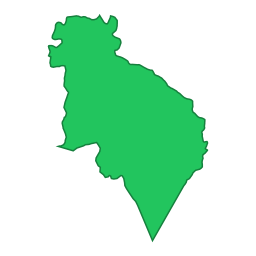 Odsan, Castries, Saint Lucia
{"feature_id": "8701671B52063001665114", "entity_name": "Odsan", "entity_type": "district", "adm_level": 2, "iso_a3": "LCA", "parent_name": "Saint Lucia", "parent_adm1": "Castries", "projection": "albers", "projection_center": [-60.985, 13.974], "detail": "fine", "context": "isolated", "style": "filled", "palette": "green", "viewbox_px": 256, "rotation_deg": 0, "n_neighbors": 0, "source": "geoboundaries", "source_scale": "gbopen_adm2", "svg_char_len": 5583}
<svg xmlns="http://www.w3.org/2000/svg" viewBox="0 0 256 256"><path d="M58.3,146.4L73.2,150.8L77.0,148.0L83.6,145.8L85.5,144.7L88.9,144.4L91.3,143.6L96.6,142.5L98.2,144.7L100.3,148.2L99.8,151.5L96.1,158.0L95.8,160.8L98.2,165.7L100.3,167.3L100.0,171.9L103.5,174.7L105.3,177.4L108.2,176.8L109.3,175.5L110.6,176.0L111.4,178.5L113.8,179.0L117.0,178.5L120.9,175.5L122.2,175.8L123.8,178.5L124.6,182.6L124.9,185.6L126.5,188.6L129.7,193.5L133.1,198.6L135.7,201.4L137.6,205.2L152.5,240.6L183.8,185.7L185.1,184.1L186.2,182.3L186.8,180.0L189.4,178.6L192.1,174.8L193.0,172.8L195.6,170.3L199.7,169.2L201.0,168.3L202.3,166.9L202.3,164.5L202.0,162.1L202.4,160.0L203.0,158.3L202.6,156.4L203.0,154.7L203.7,154.2L205.2,153.0L207.4,150.4L207.4,150.0L206.8,149.7L205.7,149.0L205.5,148.9L205.4,148.6L205.3,148.4L205.5,148.0L205.8,147.3L206.1,146.9L206.5,146.1L206.8,145.1L207.1,144.2L207.5,143.2L207.4,142.3L207.0,141.6L206.2,141.6L204.7,142.0L204.3,142.1L203.8,141.9L203.4,141.5L203.2,141.1L203.0,140.4L202.9,139.7L202.4,137.1L202.2,136.3L202.2,135.9L202.3,134.7L202.3,134.1L202.1,133.5L201.9,132.8L201.8,132.4L201.9,131.9L202.1,131.4L202.7,130.7L203.2,130.3L203.6,129.9L203.9,129.5L204.3,128.7L204.5,128.4L204.6,127.9L204.6,127.6L204.5,127.1L204.4,126.6L204.4,126.0L204.6,124.2L204.7,123.6L204.7,122.4L204.8,121.8L204.8,121.2L204.8,120.7L204.9,119.9L204.7,119.5L204.3,119.2L203.5,118.8L203.0,118.5L202.6,118.3L202.0,118.1L201.3,117.9L200.5,117.8L199.8,117.7L199.2,117.5L198.4,117.1L197.4,116.3L194.5,113.1L194.0,112.9L193.6,112.6L193.2,112.3L192.8,111.7L192.3,110.1L192.2,109.4L192.2,109.2L192.4,108.0L192.8,106.7L192.6,103.0L192.6,101.2L191.4,100.0L189.7,99.3L186.8,98.8L184.2,97.6L182.6,96.3L179.7,93.5L177.5,92.2L176.6,91.1L172.5,88.7L171.9,88.4L171.4,88.2L170.8,88.0L170.3,87.7L169.8,87.3L168.5,86.4L167.5,85.7L167.2,85.0L166.8,84.0L166.6,83.7L166.1,83.0L165.5,82.2L165.2,81.8L164.7,81.1L164.3,80.8L163.5,80.1L163.0,79.5L162.6,79.1L161.9,78.3L161.3,77.9L160.9,77.6L160.4,77.4L159.9,77.1L159.3,76.7L158.3,76.1L157.3,75.8L156.7,75.6L156.2,75.4L155.8,75.2L155.4,75.1L154.7,74.6L154.3,74.3L154.2,73.7L153.8,73.0L153.6,72.6L153.3,72.1L153.1,71.6L152.7,71.0L152.5,70.7L152.3,70.4L152.0,70.2L150.7,70.2L149.8,70.0L149.3,69.8L147.6,69.3L146.5,68.7L146.0,68.4L145.5,68.2L145.0,67.9L144.0,67.4L143.5,67.1L143.1,66.9L142.5,66.5L141.4,65.9L141.1,65.7L140.4,65.3L139.8,65.0L139.3,64.8L138.9,64.7L137.7,64.8L132.1,64.4L131.3,64.5L130.8,64.5L130.1,64.3L129.7,64.1L129.4,63.8L129.1,63.6L128.8,63.3L128.6,62.9L128.3,62.3L128.0,61.5L127.7,61.1L127.3,60.8L126.9,60.5L126.3,60.1L125.5,59.6L124.9,59.2L124.4,58.9L123.9,58.7L123.4,58.4L123.0,58.1L122.4,57.8L121.9,57.6L120.7,57.1L120.1,56.9L119.2,56.7L118.7,56.5L118.0,56.3L117.6,56.2L116.9,55.9L116.4,55.7L115.9,55.3L115.5,54.8L115.5,54.4L115.3,53.8L115.2,53.4L114.9,52.8L114.8,52.3L114.8,51.8L114.8,51.0L114.9,50.4L115.2,50.3L115.8,50.2L116.2,50.1L117.0,50.0L117.2,49.8L118.2,48.9L119.0,48.1L119.2,47.7L120.9,42.9L120.7,41.1L120.5,40.8L120.3,40.1L120.1,39.8L119.6,39.0L119.3,38.8L114.7,37.0L114.5,36.8L112.9,35.6L112.6,35.2L112.4,33.9L112.5,33.5L115.9,30.5L116.0,30.2L116.2,29.6L116.4,29.1L116.6,28.6L116.6,28.2L116.7,27.7L116.8,27.3L116.9,27.0L117.0,26.4L117.1,25.9L117.1,24.8L117.2,23.3L117.2,22.5L117.2,22.0L117.2,21.3L117.2,20.6L117.0,20.1L116.7,19.8L116.1,19.1L115.9,18.7L115.6,18.3L115.2,17.9L114.8,17.3L114.3,17.1L113.6,16.8L113.4,16.7L112.7,16.4L112.0,16.3L111.5,16.2L111.1,16.0L110.6,15.9L110.3,17.7L109.0,20.5L108.0,22.9L107.1,23.9L105.9,23.7L104.6,23.0L103.9,22.3L101.8,18.9L101.0,17.7L99.6,15.4L99.1,16.4L96.6,18.9L94.0,19.7L91.7,19.7L88.9,18.2L87.7,18.2L85.3,16.9L83.5,16.7L81.1,17.3L78.5,16.2L78.3,16.2L76.4,15.9L71.7,16.6L67.7,17.0L67.0,17.3L66.8,17.7L66.6,18.2L66.4,19.1L66.4,19.8L66.3,20.6L66.2,21.0L66.0,21.6L65.9,22.0L65.6,22.7L65.5,23.1L65.2,23.7L64.9,24.1L64.2,24.8L63.9,24.9L63.4,24.9L63.0,24.7L62.3,24.2L61.8,23.9L61.5,23.5L60.9,22.8L60.1,22.6L59.5,22.4L59.1,22.4L58.3,22.3L57.8,22.5L57.4,22.7L57.0,22.9L56.5,23.5L56.1,24.0L55.8,24.5L55.6,25.0L55.5,25.6L55.5,26.1L55.5,26.9L55.4,27.3L55.4,28.1L55.3,28.3L55.2,29.1L55.0,29.6L54.8,30.3L54.7,30.6L54.4,31.3L54.3,31.8L54.0,32.4L53.8,32.7L53.5,33.4L53.3,33.9L52.8,34.9L52.5,35.6L52.3,36.7L52.3,37.2L52.2,37.6L52.3,37.9L52.5,38.3L53.1,38.8L53.4,39.0L54.2,39.3L54.7,39.5L55.2,39.5L55.5,39.5L56.4,39.4L56.9,39.3L57.4,39.2L57.9,39.1L58.6,38.9L59.2,39.0L59.8,38.9L60.2,39.0L60.9,39.2L61.3,39.3L61.6,39.5L61.8,39.9L61.9,40.2L61.9,41.0L62.0,41.5L62.1,42.1L62.1,42.6L62.0,42.8L61.9,43.0L61.7,43.2L61.4,43.5L60.6,44.2L58.9,45.8L58.3,46.2L58.0,46.6L57.4,46.9L57.1,47.2L56.8,47.4L56.3,47.5L55.7,47.4L55.4,47.3L54.9,47.0L54.2,46.6L53.8,46.4L53.3,46.1L52.1,45.7L51.5,45.6L51.0,45.6L50.6,45.6L49.8,45.6L49.2,45.7L48.8,45.9L48.7,45.9L48.5,46.4L48.7,47.0L48.8,47.6L49.1,48.6L49.4,49.3L49.5,49.8L49.8,50.3L49.9,50.7L50.1,51.6L50.1,51.9L49.9,52.5L49.6,53.4L49.9,52.7L48.6,55.8L49.6,56.5L49.9,56.5L50.4,56.4L50.8,56.7L50.8,57.1L50.7,58.1L50.7,58.5L50.5,59.2L50.0,62.9L50.5,64.5L50.7,66.2L51.6,66.8L53.3,67.2L56.9,66.5L59.5,66.5L60.7,65.8L62.9,65.6L64.9,66.0L65.9,70.1L65.8,71.3L65.3,73.0L65.0,75.7L64.4,78.1L64.6,80.9L64.4,82.2L64.1,84.6L64.1,86.1L65.7,88.3L66.7,90.0L67.6,91.3L68.4,92.2L68.5,92.9L67.8,94.5L66.8,97.6L65.9,100.0L65.1,102.3L64.6,104.6L64.1,106.8L64.0,107.6L64.5,108.5L66.1,111.9L66.5,112.9L66.3,114.0L65.9,115.5L65.4,116.8L64.3,117.4L63.9,119.0L63.5,120.0L63.0,120.8L62.4,121.8L62.2,123.3L62.7,125.6L63.1,127.1L63.1,127.8L63.2,128.4L63.3,128.5L64.2,130.6L65.4,133.6L66.3,137.2L65.3,140.2L65.1,142.4L63.6,144.7L60.9,146.0L59.7,146.0L58.3,146.4Z" fill="#22c55e" stroke="#15803d" stroke-width="1.5"/></svg>